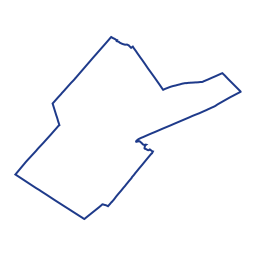 Salciile, Prahova, Romania
{"feature_id": "2599482B44687697697875", "entity_name": "Salciile", "entity_type": "district", "adm_level": 2, "iso_a3": "ROU", "parent_name": "Romania", "parent_adm1": "Prahova", "projection": "equal_earth", "projection_center": [26.525, 44.832], "detail": "fine", "context": "isolated", "style": "outline", "palette": "blue", "viewbox_px": 256, "rotation_deg": 0, "n_neighbors": 0, "source": "geoboundaries", "source_scale": "gbopen_adm2", "svg_char_len": 4685}
<svg xmlns="http://www.w3.org/2000/svg" viewBox="0 0 256 256"><path d="M84.3,219.0L84.5,218.9L85.7,217.9L93.3,211.8L99.2,207.1L101.8,204.9L102.4,204.3L102.6,204.3L102.8,204.3L103.0,204.4L103.6,204.6L104.2,204.8L104.9,205.0L105.5,205.1L106.1,205.3L107.0,205.7L107.8,206.1L108.0,206.2L108.7,205.4L109.8,204.2L111.6,202.0L111.8,202.0L112.2,201.5L113.7,199.8L115.0,198.1L115.8,197.0L116.5,196.1L118.4,193.8L121.1,190.7L123.5,187.7L125.1,185.9L126.3,184.3L127.0,183.5L129.0,181.0L131.0,178.7L131.7,177.8L131.7,177.6L132.1,177.0L132.8,176.2L133.7,175.2L135.4,173.0L135.4,172.9L136.3,171.9L137.2,170.8L138.1,169.7L138.4,169.3L139.3,168.2L140.5,166.8L142.2,164.8L146.1,160.0L148.5,157.1L150.1,155.2L151.1,154.0L151.3,153.9L151.5,153.6L151.8,153.4L152.0,153.3L152.4,152.5L152.9,151.5L152.4,151.4L152.0,151.1L149.8,149.4L149.5,149.5L149.3,149.7L149.1,150.0L148.8,150.2L148.1,150.2L147.4,149.9L146.9,149.6L146.0,149.1L144.8,148.7L144.6,148.5L144.5,148.2L144.6,147.8L144.7,147.1L144.9,146.0L145.0,145.9L145.1,145.4L145.7,145.0L146.1,144.7L145.7,144.6L145.3,144.8L144.8,144.9L144.6,144.9L144.4,144.9L143.8,144.8L143.1,144.5L142.6,144.2L142.3,143.6L141.6,143.0L140.7,142.2L139.6,141.3L139.4,141.2L139.2,141.2L138.2,141.4L136.7,141.7L136.3,141.8L136.1,141.4L136.3,141.0L136.9,140.4L138.4,139.2L138.6,139.1L140.2,138.3L141.7,137.6L142.6,137.3L146.9,135.4L148.7,134.6L152.2,133.1L154.2,132.3L157.5,130.9L163.0,128.5L167.6,126.6L170.5,125.4L173.9,123.9L189.2,117.4L192.5,115.9L195.0,114.9L199.4,113.2L203.6,111.3L206.6,110.0L208.2,109.2L208.7,109.0L209.8,108.5L211.7,107.6L213.6,106.8L215.4,105.9L215.7,105.7L216.5,105.1L217.9,104.2L229.0,97.9L231.0,96.8L232.0,96.3L232.6,96.0L234.1,95.2L240.6,91.8L240.6,91.6L240.4,91.3L240.0,90.9L239.1,90.0L237.0,87.9L234.9,85.8L232.8,83.7L230.7,81.6L229.1,80.0L227.7,78.6L226.8,77.6L226.1,76.9L225.9,76.7L225.6,76.5L225.5,76.3L225.5,76.2L224.4,75.1L223.6,74.4L222.5,73.3L222.4,73.2L221.5,73.5L218.4,74.9L216.4,75.8L215.3,76.3L214.8,76.5L213.2,77.2L212.0,77.7L211.1,78.1L210.5,78.4L209.3,78.9L208.5,79.3L205.3,80.6L204.5,81.0L204.1,81.1L203.8,81.2L203.1,81.6L202.7,81.8L202.3,81.9L202.0,82.0L201.8,82.0L201.4,82.0L200.9,82.0L200.5,82.0L200.4,82.0L199.8,82.1L199.5,82.1L198.7,82.2L198.2,82.3L197.8,82.3L197.3,82.3L197.0,82.3L196.7,82.4L196.1,82.4L195.7,82.4L195.4,82.4L194.9,82.4L194.4,82.5L194.0,82.5L193.5,82.5L193.1,82.6L192.6,82.6L192.3,82.6L191.9,82.7L191.5,82.7L191.3,82.7L190.8,82.7L190.4,82.7L190.0,82.8L189.6,82.8L189.2,82.8L188.8,82.8L188.0,82.9L187.5,83.0L187.0,83.0L186.8,83.1L186.6,83.1L186.3,83.1L186.0,83.1L185.7,83.1L185.4,83.1L185.2,83.1L184.8,83.2L184.1,83.3L183.7,83.4L183.3,83.5L182.5,83.6L182.3,83.7L181.8,83.8L181.3,83.9L180.8,84.1L179.0,84.6L178.4,84.7L177.4,85.0L176.5,85.2L175.7,85.5L174.9,85.6L174.6,85.7L173.2,86.0L171.8,86.4L170.8,86.7L170.0,87.0L169.4,87.2L167.9,87.8L165.8,88.6L164.8,89.0L164.0,89.4L163.4,89.6L163.1,89.8L163.0,89.7L162.8,89.4L159.6,84.7L157.7,82.0L156.3,80.0L155.3,78.6L154.5,77.4L154.3,77.2L153.9,76.6L152.6,74.8L150.0,71.2L148.1,68.6L146.6,66.4L145.4,64.6L143.6,62.0L141.4,58.9L139.9,56.9L139.8,56.7L137.4,53.3L136.0,51.2L133.8,48.2L132.8,46.6L131.1,47.8L129.9,46.6L128.8,45.5L128.7,45.3L128.1,45.1L127.6,44.8L127.1,44.6L126.9,44.6L126.6,44.6L126.2,44.6L125.7,44.7L125.3,44.7L125.2,44.7L124.8,44.6L124.4,44.5L124.2,44.5L123.8,44.3L123.2,44.2L122.7,44.0L122.2,43.8L121.6,43.6L121.1,43.3L120.8,43.2L120.4,43.0L120.2,42.9L119.8,42.7L119.6,42.6L119.4,42.4L119.3,42.2L119.1,42.1L118.8,41.9L118.6,41.7L118.3,41.6L118.1,41.5L117.9,41.5L117.7,41.4L117.3,41.3L117.0,41.2L116.8,41.2L116.7,41.1L116.5,40.9L116.5,40.7L116.7,40.4L116.8,40.2L116.7,40.2L116.4,40.0L116.1,39.8L115.7,39.6L115.5,39.4L115.2,39.2L114.9,39.1L114.6,38.8L114.4,38.7L114.2,38.7L113.6,38.4L113.2,38.2L112.8,38.0L112.6,37.8L112.4,37.8L112.3,37.7L112.1,37.6L111.9,37.5L111.7,37.3L111.5,37.2L111.4,37.1L111.2,37.0L110.6,37.7L110.3,38.0L109.8,38.5L109.3,39.2L105.2,43.9L92.8,58.0L77.3,76.0L76.5,76.9L76.1,77.5L75.5,78.0L74.5,79.3L72.9,81.0L71.9,82.0L71.0,82.9L70.4,83.6L68.6,85.6L67.8,86.5L66.5,88.0L65.3,89.3L64.5,90.3L63.9,90.9L63.0,91.9L62.1,92.8L61.4,93.7L60.9,94.3L58.2,97.2L55.3,100.5L53.7,102.3L52.6,103.5L54.9,110.9L56.3,115.4L56.8,116.8L57.0,117.4L57.5,119.0L57.9,120.5L58.4,122.1L58.8,123.2L59.2,124.6L59.4,125.2L58.4,125.9L57.8,126.6L56.8,127.8L52.9,132.2L51.6,133.7L51.0,134.4L44.4,141.7L43.7,142.5L40.5,145.9L38.6,147.9L37.1,149.6L36.3,150.6L34.1,153.0L31.4,155.9L30.3,157.1L28.7,158.8L27.6,160.0L26.6,161.1L25.8,162.0L15.4,174.5L20.6,177.9L24.4,180.4L29.7,183.9L36.1,188.1L39.3,190.0L40.2,190.6L40.9,191.1L44.0,193.1L46.2,194.5L54.7,200.1L56.4,201.2L79.1,215.7L82.3,217.7L82.8,218.1L84.3,219.0Z" fill="none" stroke="#1e3a8a" stroke-width="2"/></svg>